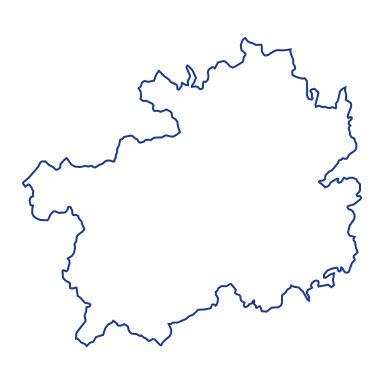 the Province of Guizhou
{"feature_id": "CHN-1153", "entity_name": "Guizhou", "entity_type": "Province", "adm_level": 1, "iso_a3": "CHN", "parent_name": "China", "parent_adm1": "", "projection": "robinson", "projection_center": [106.929, 26.939], "detail": "fine", "context": "isolated", "style": "outline", "palette": "blue", "viewbox_px": 384, "rotation_deg": 0, "n_neighbors": 0, "source": "natural_earth", "source_scale": "10m", "svg_char_len": 5906}
<svg xmlns="http://www.w3.org/2000/svg" viewBox="0 0 384 384"><path d="M245.2,38.0L247.7,41.2L250.0,42.5L252.9,43.3L255.8,44.9L261.2,44.7L261.7,46.0L261.9,51.8L264.2,55.0L265.4,55.6L268.0,55.0L273.4,51.5L276.9,50.1L283.3,50.4L290.7,49.4L290.4,51.4L291.0,54.0L293.2,59.8L293.3,63.8L295.0,66.7L295.2,68.2L294.8,69.3L292.6,70.7L292.1,71.8L292.7,75.2L297.0,77.2L301.5,78.4L302.9,78.6L304.5,78.1L306.8,80.7L307.2,92.7L306.8,94.7L308.5,98.8L311.4,99.6L312.7,98.6L311.8,96.5L312.0,93.8L310.4,90.9L310.9,89.7L314.4,88.8L318.3,92.3L318.3,93.9L315.4,105.0L315.9,106.8L319.0,105.7L322.6,107.2L325.1,106.7L328.0,107.9L330.3,108.0L332.1,107.1L335.7,108.3L336.3,106.7L335.8,103.7L337.9,100.8L340.1,91.2L342.4,88.9L345.4,87.4L345.0,90.4L346.3,95.1L345.8,99.7L350.1,102.5L351.0,103.5L351.2,104.6L351.0,107.2L347.7,115.6L347.8,117.4L348.4,118.1L350.6,117.0L351.6,117.3L351.8,118.1L351.3,119.5L349.4,121.1L348.7,122.4L348.8,124.0L350.3,125.5L349.0,127.0L348.7,128.7L349.8,132.2L350.1,135.0L351.4,137.1L354.5,138.6L354.6,140.3L356.4,143.9L356.2,148.5L354.9,150.6L349.2,154.5L346.9,158.6L345.0,158.8L342.9,158.2L340.8,159.9L338.8,160.5L337.8,163.2L332.0,170.4L329.1,171.5L325.5,175.3L324.9,179.2L323.1,180.5L319.7,180.9L319.1,181.6L319.3,182.4L321.7,184.0L325.1,187.3L328.4,186.1L330.7,182.4L336.6,178.9L338.2,178.9L337.6,181.7L338.5,182.6L339.6,182.7L341.3,181.7L344.1,177.7L346.6,179.1L349.6,177.8L353.0,177.8L356.2,179.2L357.3,181.3L360.0,184.3L360.0,190.3L359.2,191.9L356.6,194.7L357.3,196.0L360.0,196.2L361.0,197.4L360.7,199.0L354.0,204.3L348.1,206.1L347.4,207.2L348.6,209.2L351.2,210.0L352.5,211.0L354.6,214.8L354.4,218.8L349.7,225.6L348.1,232.1L348.6,234.2L349.9,235.7L354.7,237.0L353.6,238.8L353.5,240.0L355.0,242.1L356.0,248.1L357.7,252.1L353.7,255.9L353.6,257.3L354.7,259.0L354.4,260.4L352.0,262.9L348.8,271.8L347.7,272.6L345.5,272.6L344.0,271.1L342.1,267.8L341.2,267.4L340.6,270.8L339.6,271.5L338.4,270.9L337.6,268.3L336.5,267.6L330.8,269.0L327.4,270.6L324.0,274.6L324.0,277.5L325.3,277.9L330.5,274.4L334.0,273.3L333.0,280.6L334.1,285.1L331.3,287.2L328.0,284.7L318.8,286.6L318.2,285.7L318.7,282.2L317.9,280.8L316.0,280.5L314.2,281.2L312.2,282.9L311.2,284.7L311.1,286.0L312.0,287.7L308.1,289.7L307.0,291.5L307.0,293.6L309.0,296.5L308.8,300.6L307.4,299.5L303.2,291.9L298.6,287.4L294.4,286.9L291.2,285.4L290.4,287.8L287.3,289.6L285.4,292.7L282.1,295.3L281.9,303.4L280.8,305.6L278.4,307.2L271.6,307.7L266.6,311.6L261.7,311.2L260.6,307.3L259.9,306.3L258.5,306.6L256.9,307.9L256.0,307.6L255.8,305.7L254.0,303.9L254.3,301.3L253.9,300.5L252.8,301.3L252.0,303.4L249.5,304.1L247.4,306.4L245.8,307.1L244.3,306.7L243.8,305.5L244.5,302.7L241.3,300.9L240.6,299.3L240.4,296.4L239.7,295.3L235.3,293.4L235.1,292.3L235.8,289.6L231.1,284.1L229.9,284.1L226.6,286.2L221.6,286.1L218.4,288.2L217.3,290.7L215.7,292.0L216.0,294.8L218.0,298.2L217.7,301.9L216.4,305.2L215.5,305.7L215.0,304.7L212.8,304.4L212.0,304.8L210.6,308.2L204.8,309.4L198.1,309.8L193.5,314.4L188.7,316.6L186.0,319.0L177.4,322.6L172.8,322.6L171.1,324.0L168.7,324.0L171.2,329.6L171.2,332.7L169.9,335.9L163.2,341.8L161.0,345.3L159.8,344.8L155.0,339.5L152.4,339.1L149.8,340.8L148.6,340.9L146.0,338.5L144.2,337.8L141.1,335.4L140.0,336.0L136.4,334.0L131.6,333.6L129.9,332.2L128.7,330.3L127.9,326.5L127.1,325.8L124.3,324.2L120.5,325.7L117.8,325.5L116.7,323.3L113.3,320.8L111.8,322.8L108.2,324.4L105.2,328.4L103.1,334.9L96.1,337.0L93.3,341.7L89.8,342.8L86.8,346.0L84.9,344.0L81.2,342.5L78.4,339.5L76.9,338.4L76.0,338.6L76.3,333.8L76.7,332.5L85.3,321.5L85.6,320.2L84.6,315.6L86.3,310.7L86.4,307.3L89.6,306.5L90.4,304.6L89.8,303.9L84.8,302.6L80.3,297.6L77.7,295.9L76.6,287.9L76.0,287.5L72.1,288.6L70.1,288.0L70.0,283.3L65.4,280.4L63.0,277.8L62.5,271.0L63.3,270.2L66.4,271.3L67.7,269.9L69.6,263.0L69.3,260.7L67.8,258.4L72.0,255.9L74.1,252.6L75.1,247.5L74.4,244.3L76.2,241.5L76.8,236.6L77.7,235.2L82.6,231.5L84.4,229.2L82.1,224.1L81.5,221.4L79.0,218.6L78.2,216.1L76.2,215.0L73.3,215.1L72.4,213.7L72.1,210.4L70.6,207.3L69.7,206.7L68.3,207.0L67.6,209.5L66.1,211.7L64.7,212.5L59.0,212.9L54.9,211.2L52.9,211.7L50.4,214.6L48.3,219.4L47.3,220.3L40.4,220.0L36.0,218.1L33.6,216.1L32.2,213.6L32.3,208.7L33.0,205.5L30.6,205.2L29.6,200.2L30.7,197.2L33.2,196.3L32.9,193.8L33.3,190.9L32.2,189.5L31.7,187.6L29.5,184.8L28.4,184.4L25.3,186.7L23.0,183.7L23.2,182.4L28.7,177.8L38.1,166.9L40.5,162.3L41.8,161.5L45.4,161.4L48.8,164.8L53.2,167.2L56.0,169.8L57.6,169.5L60.1,167.8L60.5,163.9L65.8,158.5L66.7,158.1L71.4,164.7L75.2,166.6L80.0,167.0L85.5,165.9L88.4,166.6L91.2,165.7L94.2,167.4L95.4,167.4L99.0,165.1L102.6,163.7L104.8,161.6L107.1,160.5L110.3,160.6L113.1,161.6L114.4,161.3L114.6,159.4L115.7,157.8L115.9,154.6L117.1,152.5L117.3,148.7L119.0,145.3L120.2,139.7L122.0,139.2L124.2,136.9L130.6,135.6L132.8,136.1L134.8,138.2L137.3,139.4L138.9,142.1L140.1,142.7L143.8,141.8L144.9,140.4L146.3,139.8L151.2,139.9L153.1,138.2L154.8,137.6L162.4,137.4L164.2,136.0L166.1,135.3L170.5,136.5L173.2,136.6L176.5,134.8L179.9,132.2L177.9,126.1L177.4,121.8L175.5,119.3L172.2,117.1L171.7,113.1L170.6,111.7L166.5,109.5L160.8,111.8L157.8,110.8L154.1,110.9L153.2,109.5L153.0,107.3L153.5,105.4L152.6,103.9L146.6,100.9L143.1,100.9L140.5,99.1L141.0,96.5L140.7,91.7L138.6,88.4L140.9,86.2L142.1,82.5L144.4,80.9L148.1,81.9L154.2,80.5L156.0,74.9L158.9,70.8L164.8,76.5L169.0,79.6L170.5,81.8L176.6,84.8L177.3,86.0L177.3,88.9L178.8,89.7L181.4,86.3L182.0,83.0L186.1,85.0L188.1,85.1L187.8,80.8L189.6,77.9L190.0,75.5L186.6,67.8L186.5,66.5L187.4,65.5L188.6,66.1L192.3,70.0L196.0,77.9L194.1,82.6L192.0,85.5L191.8,86.8L196.1,86.4L197.6,86.9L199.7,89.0L201.8,88.9L202.9,87.7L203.0,83.7L203.6,81.7L205.9,81.9L207.9,79.6L208.5,75.9L207.8,72.4L208.6,69.6L212.1,67.1L213.0,67.1L214.8,68.4L218.0,62.5L223.2,61.1L224.5,61.2L226.3,62.4L230.1,66.4L232.5,67.5L234.0,67.2L242.5,62.1L243.2,60.9L243.7,57.2L245.3,55.2L245.5,54.2L244.8,53.0L241.4,50.0L240.8,45.2L242.3,40.6L243.6,38.9L245.2,38.0Z" fill="none" stroke="#1e3a8a" stroke-width="2"/></svg>